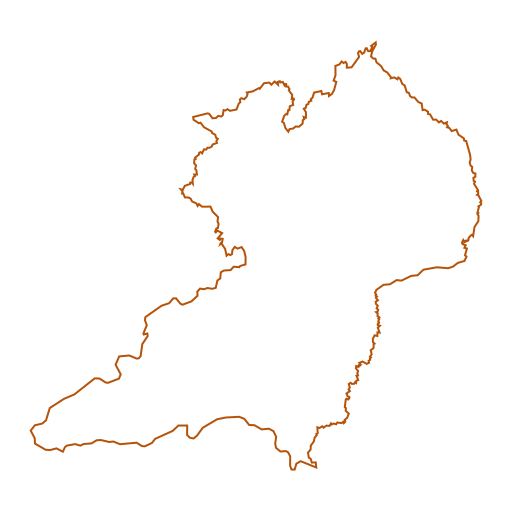 Santa Isabel do Rio Negro, Amazonas, Brazil
{"feature_id": "56859067B13835224033423", "entity_name": "Santa Isabel do Rio Negro", "entity_type": "district", "adm_level": 2, "iso_a3": "BRA", "parent_name": "Brazil", "parent_adm1": "Amazonas", "projection": "robinson", "projection_center": [-65.415, -0.252], "detail": "fine", "context": "isolated", "style": "outline", "palette": "amber", "viewbox_px": 512, "rotation_deg": 0, "n_neighbors": 0, "source": "geoboundaries", "source_scale": "gbopen_adm2", "svg_char_len": 6021}
<svg xmlns="http://www.w3.org/2000/svg" viewBox="0 0 512 512"><path d="M377.8,327.7L379.9,325.7L377.8,325.1L377.7,324.0L379.1,322.7L378.2,321.5L379.2,319.3L378.3,318.6L379.4,317.4L377.5,316.2L377.7,313.5L376.1,312.1L377.5,311.7L378.2,309.7L376.6,308.4L377.8,305.8L375.9,303.8L375.7,301.7L377.9,300.3L375.9,297.8L377.0,296.5L375.6,295.7L376.2,294.4L375.0,292.9L376.4,289.9L383.5,284.8L389.9,284.3L396.6,280.1L401.6,280.6L411.1,275.9L417.7,275.2L423.4,269.7L436.8,267.3L448.0,268.2L452.9,266.7L457.8,262.9L464.4,261.0L466.5,256.6L465.0,255.3L466.9,248.5L464.4,247.8L465.7,245.3L462.6,244.1L462.0,242.6L463.2,240.1L463.7,241.1L465.6,240.7L465.0,241.9L468.3,240.5L468.7,237.8L471.0,235.3L471.9,234.8L473.1,236.2L474.5,227.0L478.3,221.2L478.6,215.8L477.5,214.2L478.3,213.1L477.4,212.8L478.9,207.2L478.4,206.4L480.9,204.8L481.2,203.2L480.2,202.3L481.3,200.9L478.4,195.3L477.1,194.8L478.2,193.7L478.1,191.0L477.2,191.1L477.8,189.8L474.0,183.8L475.0,181.6L473.7,180.9L473.4,177.8L475.4,176.7L475.4,173.5L473.4,173.1L471.8,170.5L472.2,166.9L470.5,165.4L469.7,162.5L470.6,159.5L470.1,154.9L466.2,141.0L464.2,140.6L463.9,138.4L458.5,134.7L456.4,129.6L451.7,131.1L449.2,127.8L447.1,127.3L447.9,126.0L446.5,124.4L446.9,122.3L443.8,123.6L441.1,120.9L438.9,122.4L436.2,119.6L433.1,119.7L430.1,114.4L428.0,113.9L428.0,111.7L424.6,109.7L422.6,110.1L421.7,103.5L418.3,102.0L414.4,97.4L412.0,97.5L410.0,96.0L408.9,92.8L406.8,92.3L404.6,85.3L402.3,84.0L400.2,78.9L398.3,77.5L397.4,79.3L394.4,77.4L390.8,78.3L391.0,77.3L387.2,72.4L383.6,70.4L381.2,66.2L376.5,62.3L375.4,58.7L373.2,58.5L371.0,56.4L372.3,51.2L375.9,44.6L375.7,42.4L371.2,45.9L372.3,46.7L370.3,51.1L368.1,51.1L366.7,48.2L365.6,48.4L364.2,52.5L362.2,53.9L360.2,51.1L359.1,51.3L358.0,53.1L359.1,56.9L351.6,67.3L346.8,67.7L346.9,64.1L345.6,61.9L343.5,63.0L341.7,61.5L339.3,64.5L335.4,65.9L335.5,75.4L333.6,80.6L336.3,81.9L334.1,90.0L332.0,93.9L329.0,96.0L328.8,93.0L322.1,94.3L321.3,91.0L314.1,92.6L312.4,97.9L310.8,99.1L311.3,100.7L308.7,101.9L308.3,104.0L306.5,104.7L305.7,107.9L303.8,108.7L305.9,112.1L306.0,116.6L305.8,117.8L303.7,117.0L304.2,119.2L302.8,120.2L302.6,123.6L299.0,126.7L295.6,126.5L293.2,128.5L289.5,129.1L288.3,131.7L285.4,128.0L283.9,123.0L282.1,121.7L284.2,115.8L286.4,113.9L287.3,114.3L288.2,110.1L289.4,110.1L289.8,106.2L293.2,104.9L292.6,101.4L294.0,99.5L293.7,98.5L291.7,99.0L292.2,94.9L288.8,90.3L289.5,89.2L288.1,86.6L286.1,86.5L286.2,84.1L285.0,84.0L284.4,85.2L282.8,81.9L280.2,82.5L279.8,81.2L277.7,81.9L278.0,84.7L274.6,81.5L271.4,84.7L269.3,82.6L264.0,83.2L259.7,88.8L259.0,88.1L252.7,91.4L246.8,92.5L247.6,93.9L246.6,96.8L244.2,99.2L241.3,98.2L239.9,99.5L240.3,102.2L238.8,103.5L236.5,109.5L230.0,110.8L227.5,109.2L225.3,110.5L223.6,110.1L222.8,115.2L221.3,116.5L218.2,115.9L216.0,118.0L212.5,118.3L209.2,113.8L207.4,113.4L193.2,117.0L193.5,119.7L198.8,123.2L200.5,122.7L204.0,127.2L211.7,131.5L212.1,133.0L215.2,134.7L216.2,137.9L217.8,138.8L216.4,141.0L217.0,142.9L212.6,144.5L211.7,146.6L209.4,147.8L207.5,147.7L206.2,149.6L204.0,149.3L202.1,153.4L200.7,152.1L199.2,152.7L198.9,154.6L195.1,157.6L195.7,158.9L194.4,159.5L194.1,163.2L196.0,165.4L195.2,168.9L196.4,170.4L196.9,174.5L194.2,174.5L195.0,176.1L193.7,176.8L192.5,179.8L192.8,183.7L191.8,182.4L190.2,182.6L190.1,184.0L184.8,185.8L182.8,189.8L180.8,189.3L182.5,191.4L182.1,193.5L183.2,193.4L184.9,197.4L188.6,197.5L190.7,198.7L192.0,201.4L196.4,203.4L197.6,205.9L198.9,204.1L202.1,206.7L210.5,206.6L212.6,211.6L218.1,217.1L217.5,221.4L218.6,224.0L217.9,228.0L216.4,228.4L215.1,231.7L215.8,232.4L217.2,230.5L222.1,233.1L217.7,238.4L219.8,239.9L220.5,238.5L222.7,238.9L222.0,242.5L220.7,243.1L220.3,244.2L221.4,243.3L225.1,248.9L226.6,255.7L228.5,254.1L230.4,255.1L232.0,254.1L232.4,250.2L234.7,246.9L237.5,248.6L241.6,247.1L244.2,251.0L245.6,256.9L245.5,264.4L240.1,266.0L239.3,267.2L233.7,266.7L230.6,270.1L224.0,270.5L220.8,272.3L220.2,278.5L217.4,280.5L215.7,287.9L212.3,288.8L207.4,288.0L204.3,289.2L200.0,288.6L197.3,291.7L197.5,295.8L191.4,301.4L182.5,304.7L180.3,303.6L176.0,298.3L173.2,298.4L169.1,303.2L161.6,305.7L145.4,317.1L144.9,320.1L146.8,325.2L143.4,333.5L143.8,334.5L147.3,333.5L147.7,336.0L142.3,344.1L140.6,356.2L138.8,358.3L136.8,358.6L129.2,355.5L119.2,356.4L115.6,364.7L120.7,374.3L119.0,378.6L108.1,382.8L105.6,382.5L99.5,378.5L94.7,378.4L74.4,394.4L63.9,398.9L49.8,408.0L46.0,420.4L42.1,423.6L34.8,425.3L30.7,430.6L34.7,438.2L35.0,443.6L45.7,449.8L50.3,450.0L56.4,448.4L62.9,451.7L64.9,447.2L66.9,445.6L75.1,444.1L80.3,445.6L83.8,444.0L91.5,443.4L96.6,440.3L100.8,440.0L109.3,442.0L113.3,441.5L120.0,444.2L136.6,442.7L142.0,446.1L144.8,446.3L151.9,443.0L155.2,438.8L172.7,430.9L178.4,425.5L187.2,425.5L187.1,435.0L189.9,437.7L193.5,438.5L197.0,435.7L202.7,427.8L217.0,419.3L225.8,417.5L239.2,416.8L244.3,418.8L249.2,425.0L254.4,425.2L261.6,429.4L268.9,428.7L273.4,431.1L276.2,436.8L275.2,443.5L276.0,447.8L280.4,451.5L285.9,451.1L288.0,452.2L290.2,456.3L290.1,465.7L291.5,469.5L294.6,469.6L296.4,463.7L300.7,461.2L316.3,467.5L315.7,462.4L311.8,462.6L310.7,458.9L308.8,457.6L308.0,452.7L310.6,449.5L310.8,445.6L313.8,441.5L314.7,437.6L316.7,435.2L316.3,434.0L317.7,433.2L317.4,427.3L319.3,428.0L322.4,426.3L323.5,427.7L326.5,425.6L329.5,425.9L331.0,423.4L331.8,424.5L333.7,423.5L336.2,424.3L337.3,422.5L341.5,423.1L343.1,421.8L343.8,423.2L345.3,421.6L344.7,419.9L347.2,417.7L348.8,413.6L345.7,410.8L345.9,408.1L344.8,407.1L345.8,399.4L346.6,398.7L348.1,399.5L349.3,398.3L349.4,397.0L347.7,396.4L346.5,393.5L349.9,391.0L348.6,389.4L349.8,387.6L348.8,384.0L350.7,382.8L351.9,383.9L354.1,383.8L355.0,382.4L356.0,383.0L356.2,380.9L358.2,380.0L356.5,375.8L358.0,375.4L357.3,373.3L358.1,371.1L355.9,368.2L356.2,366.1L358.3,367.0L360.3,365.2L359.0,365.0L360.2,363.7L359.4,362.8L362.5,361.5L366.8,363.9L369.1,362.7L368.6,360.8L370.2,359.8L369.9,358.3L370.9,357.5L370.0,356.6L371.7,354.3L370.7,350.3L373.5,348.1L373.7,343.9L374.5,343.6L373.0,342.2L372.8,338.9L374.6,335.3L377.3,336.0L377.5,332.3L379.6,332.6L377.8,327.7Z" fill="none" stroke="#b45309" stroke-width="2"/></svg>